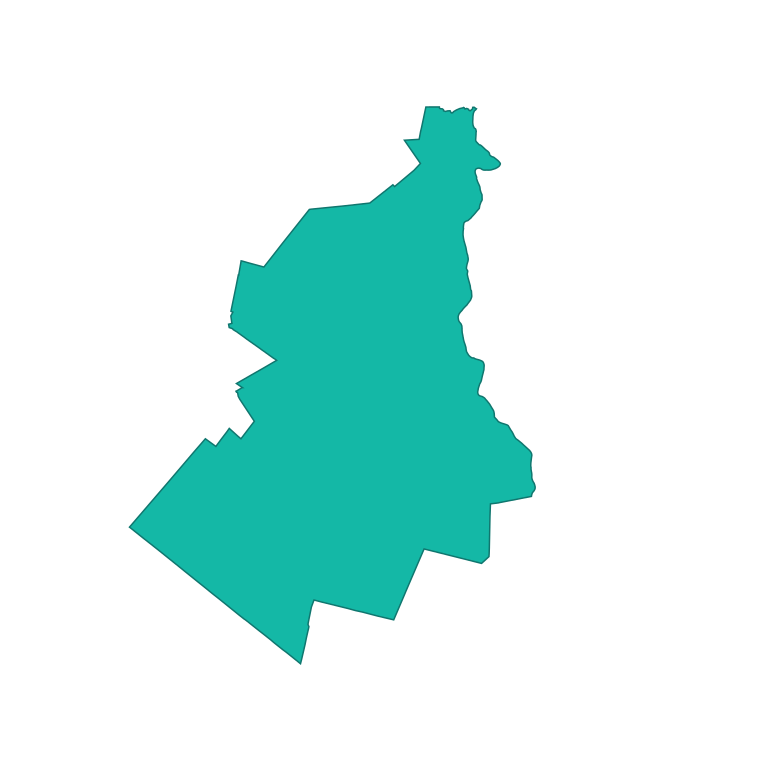 the district of Guerrero, Coahuila, Mexico, rotated 24°
{"feature_id": "50627088B28083225707634", "entity_name": "Guerrero", "entity_type": "district", "adm_level": 2, "iso_a3": "MEX", "parent_name": "Mexico", "parent_adm1": "Coahuila", "projection": "natural_earth1", "projection_center": [-100.347, 28.15], "detail": "fine", "context": "isolated", "style": "filled", "palette": "teal", "viewbox_px": 768, "rotation_deg": 24, "n_neighbors": 0, "source": "geoboundaries", "source_scale": "gbopen_adm2", "svg_char_len": 6079}
<svg xmlns="http://www.w3.org/2000/svg" viewBox="0 0 768 768"><g transform="rotate(24 384 384)"><path d="M421.5,673.5L420.7,668.9L417.9,654.4L416.4,647.7L415.0,640.7L414.6,638.5L414.1,636.2L412.3,634.5L411.4,630.7L408.4,617.3L407.9,609.8L416.0,608.5L442.6,603.7L450.0,602.6L457.2,601.1L473.0,598.5L488.8,595.5L488.4,568.9L488.3,564.6L487.7,518.4L493.9,517.3L521.9,512.4L545.6,508.3L546.1,508.2L550.1,499.0L550.0,498.8L549.1,496.3L546.9,490.9L534.8,462.2L530.0,450.2L536.7,446.2L538.0,445.2L564.4,426.7L564.1,425.6L563.9,424.3L563.8,423.5L563.9,422.6L564.4,421.0L564.6,419.5L564.6,418.3L564.0,416.6L562.8,415.0L561.5,413.6L559.6,412.3L558.2,410.9L557.3,409.8L557.0,409.2L556.0,406.8L555.5,405.9L554.9,404.9L554.1,403.8L553.0,402.1L552.2,400.3L551.9,399.9L551.7,399.6L551.5,399.4L551.2,398.7L550.3,396.5L549.9,395.2L548.6,391.0L548.1,389.1L547.4,387.9L546.0,386.6L544.1,385.5L541.4,384.6L538.7,383.7L536.5,383.0L533.7,382.0L531.8,381.5L529.7,380.9L527.6,380.5L526.5,380.2L524.2,378.7L522.5,377.2L520.6,375.7L518.6,374.5L514.4,371.5L513.0,371.3L510.0,371.6L507.7,371.9L505.9,372.0L504.1,371.9L503.9,371.9L503.6,371.8L501.4,370.6L499.9,370.0L499.0,369.6L498.6,369.5L498.3,369.2L496.8,366.3L495.7,364.7L494.9,363.8L493.8,363.0L491.3,361.3L488.8,359.5L487.1,358.6L485.5,357.8L484.6,357.3L483.3,356.8L482.0,356.1L481.5,355.9L479.9,355.6L479.0,355.5L478.1,355.6L477.5,355.7L476.8,355.8L475.7,355.8L474.9,355.5L474.1,355.0L473.5,354.3L473.0,353.5L472.8,353.1L472.2,350.6L471.9,349.4L471.5,345.7L471.4,344.8L471.6,343.6L471.6,342.2L471.5,341.0L471.3,340.2L470.6,336.8L470.0,333.2L469.7,331.8L469.5,330.4L469.0,329.1L468.6,328.1L468.3,327.2L468.0,326.4L467.4,325.4L466.4,324.3L465.6,323.7L464.9,323.3L463.7,323.2L462.3,323.2L460.9,323.3L458.7,323.7L457.8,323.8L456.6,323.9L456.0,323.7L455.3,323.7L454.6,324.1L453.5,324.3L452.1,324.1L450.7,323.7L449.7,323.3L447.5,321.8L446.2,320.8L444.9,318.9L443.9,317.2L443.3,316.5L442.0,315.0L440.5,313.4L440.1,313.0L438.6,311.1L437.4,309.3L437.2,309.0L437.0,308.8L436.3,307.7L434.6,305.3L433.3,302.9L432.8,301.7L431.5,299.3L430.1,297.9L429.0,297.3L427.9,296.8L427.0,296.2L426.1,295.3L425.0,293.6L424.5,292.7L424.2,291.6L424.1,290.3L424.1,289.3L424.3,288.5L424.5,287.4L425.3,285.1L425.8,282.9L426.6,280.6L427.7,277.8L427.8,276.9L428.9,272.2L428.8,269.4L428.5,268.1L427.7,266.6L426.1,263.6L425.9,263.3L425.6,263.1L424.8,262.5L424.7,262.4L422.8,259.2L417.3,252.5L416.0,250.7L415.5,250.0L415.3,249.6L415.1,248.8L414.6,246.9L414.4,246.6L413.8,246.2L412.9,245.5L412.4,245.1L412.2,244.8L411.6,242.8L411.2,241.1L411.0,239.8L410.7,237.5L410.3,236.0L409.7,234.8L408.9,233.7L408.1,232.4L406.7,230.9L406.5,230.7L403.6,226.4L403.1,225.7L401.9,224.3L400.3,222.4L398.8,220.6L397.4,218.6L396.2,216.7L395.5,215.5L394.3,212.6L394.2,212.4L393.5,210.0L393.5,209.8L393.4,209.7L393.0,209.0L392.8,208.7L392.1,206.6L391.7,205.1L391.6,204.6L391.6,203.9L391.8,203.4L392.0,202.9L392.3,202.5L393.0,201.5L393.1,201.4L394.0,200.8L394.1,200.7L395.8,197.2L396.0,196.7L396.2,196.1L396.2,195.6L396.3,195.3L396.9,193.8L397.6,191.6L398.1,189.9L398.5,188.4L399.6,184.9L399.6,184.7L398.8,181.7L398.6,178.0L398.7,177.7L398.7,177.4L398.8,176.9L398.8,176.3L398.7,175.7L398.5,175.3L397.2,172.6L396.7,171.5L396.3,171.0L394.8,169.7L392.7,167.2L392.0,165.9L391.1,164.6L389.5,163.1L388.3,162.1L386.7,160.6L386.0,159.7L385.6,159.4L385.2,159.1L385.0,158.7L384.7,157.8L384.4,157.2L383.4,156.2L382.5,155.3L381.6,154.3L380.8,152.9L380.5,151.8L380.5,150.6L380.8,149.8L381.5,149.1L382.6,148.3L383.5,148.0L384.3,147.9L384.8,147.8L386.2,148.1L387.7,148.1L388.9,147.7L390.8,146.8L392.9,145.9L394.6,145.0L398.1,141.9L399.6,140.0L400.5,138.4L400.8,137.4L400.8,136.0L400.8,135.7L400.6,135.3L400.0,134.8L398.6,134.1L397.1,133.5L394.9,132.9L392.0,132.2L391.7,132.2L390.4,132.4L390.1,132.4L389.2,132.3L388.5,132.1L387.4,131.7L387.0,131.3L386.4,130.3L386.1,130.1L385.2,129.6L384.1,129.2L381.5,128.6L379.0,127.7L377.0,127.0L375.5,126.6L375.0,126.5L374.6,126.5L374.2,126.7L373.8,126.7L373.3,126.6L370.2,125.3L369.8,125.1L369.3,124.8L369.0,124.5L368.7,124.2L368.4,123.6L366.6,118.7L366.0,117.3L365.7,116.5L365.6,115.9L365.5,115.7L364.5,114.3L364.1,113.9L363.8,113.7L363.5,113.6L362.6,113.5L362.3,113.4L362.0,113.2L361.5,112.7L360.7,112.0L360.0,111.2L359.2,109.9L358.6,108.8L358.0,107.4L357.6,106.3L357.2,105.3L356.5,103.6L355.7,101.0L355.5,99.7L355.5,98.0L355.5,97.7L356.3,96.1L356.4,95.5L356.5,95.0L356.1,95.0L353.7,94.5L352.5,95.2L352.8,95.9L352.8,97.2L351.5,99.4L350.1,99.3L349.5,98.6L347.5,98.6L346.1,99.8L344.8,99.0L344.2,99.0L343.8,99.6L341.1,101.6L338.7,104.2L336.7,107.0L336.6,107.9L335.8,108.8L334.8,108.8L333.2,107.5L330.9,108.7L329.3,110.0L327.3,110.2L326.8,109.3L325.5,108.9L323.3,109.6L322.5,109.4L321.9,108.4L309.6,113.9L314.1,135.0L314.7,138.3L316.6,146.2L314.8,147.1L310.4,149.4L303.5,153.0L327.6,167.7L324.5,176.6L315.8,194.4L313.4,199.3L311.1,198.4L303.5,212.9L297.4,224.5L273.6,238.4L269.0,241.0L246.2,254.0L244.8,254.9L233.6,298.4L229.7,314.1L226.7,326.0L209.9,328.6L208.4,328.8L207.0,329.0L204.8,329.3L203.4,329.6L205.2,336.7L207.0,343.8L206.6,343.8L209.2,355.2L214.6,379.8L216.7,379.8L216.4,384.1L220.4,390.5L217.7,392.6L219.6,395.4L223.1,395.1L224.2,395.7L228.9,396.3L230.0,396.6L237.3,398.1L240.7,398.9L256.4,402.0L257.9,402.4L260.6,402.9L261.6,403.1L262.7,403.3L263.8,403.6L264.4,403.7L265.1,403.8L266.0,404.0L266.8,404.2L269.8,404.8L270.3,404.9L270.7,405.0L271.7,405.2L272.6,405.4L275.0,405.7L276.3,406.1L267.3,418.6L259.0,429.9L249.0,443.6L256.1,444.9L255.9,445.0L252.2,450.3L251.7,450.8L252.1,451.2L252.8,451.5L253.8,451.5L255.8,454.5L258.3,456.5L280.7,470.8L275.9,491.0L275.8,491.3L275.6,492.2L272.0,491.2L271.4,491.0L260.7,487.5L260.0,491.2L257.7,500.9L255.8,509.4L243.1,506.7L237.8,524.1L232.5,542.1L231.2,546.5L226.5,562.4L209.7,618.3L227.8,623.0L233.8,624.5L244.8,627.3L255.4,630.1L275.8,635.5L277.2,635.9L290.8,639.5L294.9,640.6L298.8,641.6L313.3,645.5L321.6,647.6L324.9,648.5L341.8,653.0L345.1,653.9L351.8,655.6L353.2,655.8L369.9,660.1L384.2,663.7L388.5,665.0L393.1,666.2L399.6,667.9L401.5,668.3L404.1,668.9L421.5,673.5Z" fill="#14b8a6" stroke="#0f766e" stroke-width="1.5"/></g></svg>